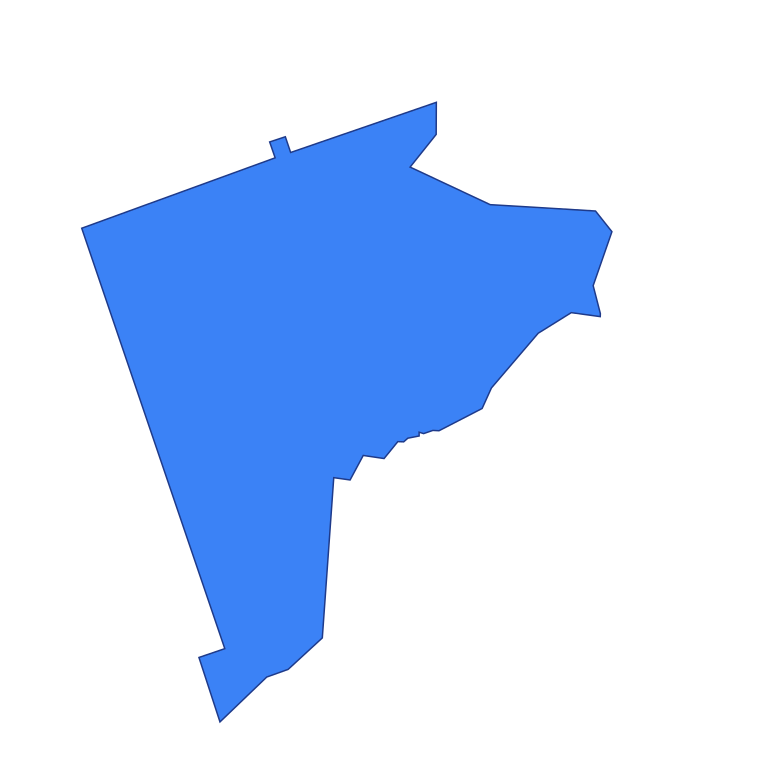 the district of Chattahoochee, Georgia, United States of America, rotated 161°
{"feature_id": "52423323B80240094400164", "entity_name": "Chattahoochee", "entity_type": "district", "adm_level": 2, "iso_a3": "USA", "parent_name": "United States of America", "parent_adm1": "Georgia", "projection": "orthographic", "projection_center": [-84.834, 32.378], "detail": "fine", "context": "isolated", "style": "filled", "palette": "blue", "viewbox_px": 768, "rotation_deg": 161, "n_neighbors": 0, "source": "geoboundaries", "source_scale": "gbopen_adm2", "svg_char_len": 627}
<svg xmlns="http://www.w3.org/2000/svg" viewBox="0 0 768 768"><g transform="rotate(161 384 384)"><path d="M567.5,145.4L525.0,164.0L462.0,311.8L447.3,304.3L426.9,323.2L408.2,313.5L389.7,325.0L384.2,322.9L379.1,325.0L367.7,323.4L366.5,327.0L362.7,324.2L352.9,324.2L347.2,321.9L299.2,328.9L283.7,345.3L221.7,381.8L183.7,390.5L157.6,377.3L156.5,380.1L154.2,408.9L118.9,453.8L127.7,478.7L192.9,505.7L225.2,519.0L288.7,580.6L253.4,603.0L242.8,633.3L396.9,633.3L396.8,649.9L413.3,650.1L413.3,633.3L619.1,629.7L620.7,185.6L648.0,185.7L649.1,117.9L590.3,145.1L567.5,145.4Z" fill="#3b82f6" stroke="#1e3a8a" stroke-width="1.5"/></g></svg>